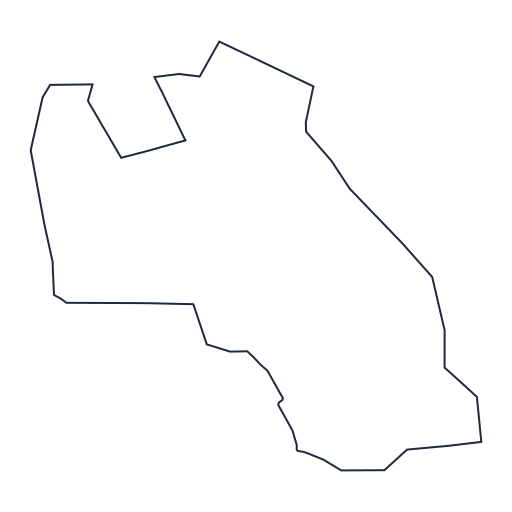 Bayan, Töv, Mongolia
{"feature_id": "93677404B58656077774503", "entity_name": "Bayan", "entity_type": "district", "adm_level": 2, "iso_a3": "MNG", "parent_name": "Mongolia", "parent_adm1": "Töv", "projection": "natural_earth1", "projection_center": [107.657, 47.138], "detail": "fine", "context": "isolated", "style": "outline", "palette": "slate", "viewbox_px": 512, "rotation_deg": 0, "n_neighbors": 0, "source": "geoboundaries", "source_scale": "gbopen_adm2", "svg_char_len": 2045}
<svg xmlns="http://www.w3.org/2000/svg" viewBox="0 0 512 512"><path d="M246.5,54.5L219.3,41.6L199.7,76.5L179.0,74.0L154.5,77.0L155.2,78.7L158.1,84.3L159.5,87.3L160.2,88.6L160.4,88.8L162.7,93.5L164.3,96.8L167.9,104.4L169.0,106.6L173.2,115.2L173.3,115.4L173.9,116.7L174.0,117.0L174.2,117.3L174.3,117.5L179.4,128.1L184.2,138.0L184.5,138.7L184.9,139.2L185.5,140.1L185.5,140.5L181.3,141.6L175.4,143.1L174.2,143.6L169.0,144.9L164.2,146.3L163.9,146.4L162.9,146.6L162.3,146.8L160.7,147.2L160.3,147.3L160.0,147.4L159.5,147.7L158.8,147.9L158.6,147.9L147.0,151.1L131.9,155.0L129.3,155.7L121.2,157.8L110.5,139.6L110.0,138.8L109.5,137.7L107.6,134.5L101.9,125.0L99.1,120.1L95.5,113.9L93.1,109.7L89.9,104.5L87.9,100.7L88.3,99.4L91.0,90.1L92.5,84.4L50.1,84.9L42.6,97.4L39.9,109.4L33.0,140.0L30.7,150.3L44.5,225.0L52.6,261.8L52.8,268.3L54.0,294.9L61.1,298.9L66.4,302.8L135.8,303.1L147.6,303.2L193.3,304.2L206.8,344.4L230.0,351.6L247.3,351.3L249.4,353.3L253.4,357.1L255.9,359.7L258.0,362.0L259.1,363.2L260.2,364.4L266.3,369.7L267.1,370.5L267.5,370.8L268.1,371.9L269.7,374.7L271.6,378.1L273.5,381.5L276.0,385.9L277.0,387.7L279.4,392.1L281.9,396.2L282.6,397.6L282.8,398.1L282.8,398.7L282.7,399.2L282.3,400.0L281.8,400.4L281.2,400.9L280.4,401.4L279.6,401.9L279.1,402.4L278.7,403.0L278.5,403.5L278.3,404.1L278.4,404.7L278.6,405.5L279.8,407.8L281.6,411.0L283.3,414.0L285.1,417.2L287.7,421.9L290.9,427.7L292.8,431.2L293.2,432.8L294.2,436.4L295.2,439.9L295.7,441.2L296.6,444.7L296.8,445.8L296.7,447.1L296.7,448.8L296.7,449.4L297.1,450.2L297.4,450.7L298.1,451.0L298.8,451.1L300.8,451.4L302.8,451.8L304.6,452.2L307.6,453.3L310.2,454.3L311.9,455.0L312.0,455.1L316.1,456.7L319.9,458.2L320.3,458.4L321.0,458.7L323.7,459.7L323.8,459.8L326.8,461.7L330.4,463.9L334.2,466.1L335.9,467.2L339.9,469.6L340.6,470.0L341.2,470.4L342.3,470.4L384.4,470.2L407.0,449.6L448.6,445.8L481.3,441.9L476.9,396.9L455.4,377.3L444.6,367.6L444.6,330.2L432.2,277.0L402.2,243.2L349.8,188.8L331.4,160.8L306.1,131.7L305.8,122.3L313.4,86.4L246.5,54.5Z" fill="none" stroke="#1e293b" stroke-width="2"/></svg>